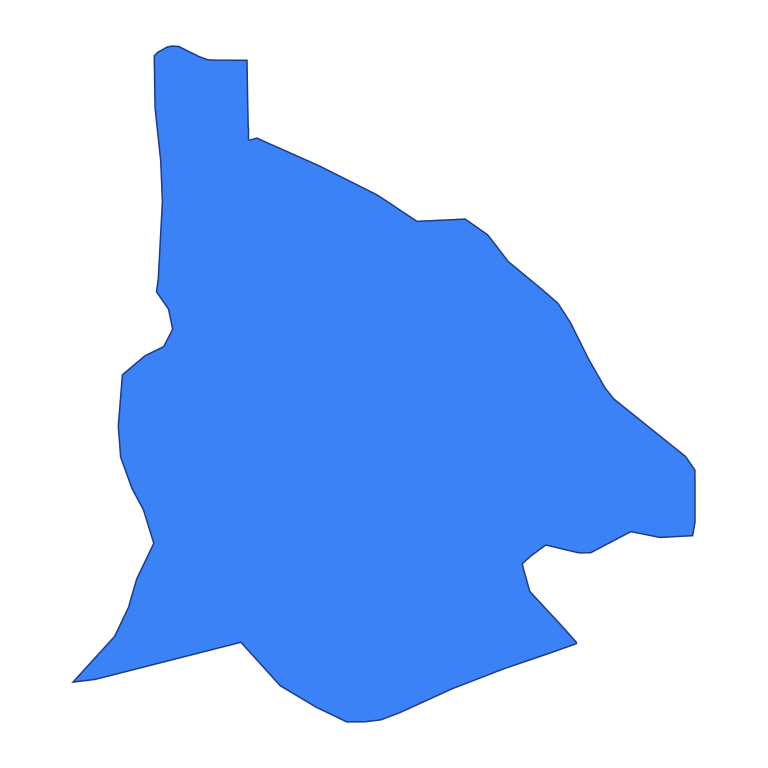 the district of Shia'ria, Eastern Darfur, Sudan
{"feature_id": "16777658B58097455185888", "entity_name": "Shia'ria", "entity_type": "district", "adm_level": 2, "iso_a3": "SDN", "parent_name": "Sudan", "parent_adm1": "Eastern Darfur", "projection": "orthographic", "projection_center": [25.77, 12.585], "detail": "fine", "context": "isolated", "style": "filled", "palette": "blue", "viewbox_px": 768, "rotation_deg": 0, "n_neighbors": 0, "source": "geoboundaries", "source_scale": "gbopen_adm2", "svg_char_len": 4970}
<svg xmlns="http://www.w3.org/2000/svg" viewBox="0 0 768 768"><path d="M685.7,456.7L685.3,456.3L684.7,455.8L684.2,455.4L683.9,455.2L683.4,454.8L683.0,454.5L682.8,454.3L682.4,454.0L682.0,453.6L681.1,452.9L680.2,452.2L679.8,451.9L679.0,451.3L677.0,449.7L676.4,449.2L673.5,446.8L672.9,446.4L670.7,444.6L669.4,443.6L667.2,441.8L666.4,441.1L665.8,440.7L658.9,435.1L658.2,434.6L653.2,430.6L648.4,426.7L647.6,426.1L644.5,423.6L644.3,423.4L643.9,423.1L638.9,419.1L636.3,417.0L635.8,416.6L633.5,414.7L632.8,414.2L631.7,413.3L629.1,411.3L626.7,409.3L626.1,408.8L625.4,408.3L623.8,407.0L622.9,406.2L621.7,405.3L621.3,404.9L620.8,404.5L620.5,404.3L619.6,403.6L619.4,403.4L619.1,403.2L618.9,403.0L618.7,402.9L618.1,402.4L617.9,402.2L617.7,402.0L617.4,401.8L616.9,401.4L616.7,401.3L616.4,401.1L615.1,400.0L614.6,399.6L614.2,399.3L614.1,399.1L613.8,399.0L613.6,398.7L605.2,388.2L588.0,358.1L587.6,357.2L570.6,322.9L558.0,303.4L541.8,289.3L525.2,275.6L508.3,261.6L503.0,254.7L497.3,247.3L496.7,246.5L492.5,241.1L487.6,234.8L465.2,219.1L464.0,219.1L463.2,219.2L461.8,219.2L460.6,219.3L460.1,219.3L458.7,219.4L457.3,219.4L454.5,219.6L453.6,219.6L452.9,219.7L448.1,219.9L441.9,220.2L440.9,220.2L440.7,220.2L438.5,220.3L437.8,220.4L429.9,220.8L428.5,220.8L424.0,221.0L417.0,221.4L414.6,219.8L403.3,212.3L403.0,212.1L402.8,212.0L397.4,208.4L392.1,204.8L387.1,201.5L379.3,196.4L378.1,195.6L377.0,194.9L367.5,190.1L364.8,188.7L362.6,187.6L360.7,186.7L360.4,186.5L349.9,181.3L346.2,179.4L337.2,174.9L334.4,173.5L333.2,172.9L326.9,169.7L326.4,169.5L326.1,169.3L325.1,168.8L323.3,167.9L322.4,167.5L321.7,167.1L321.4,167.0L320.1,166.3L319.2,165.9L318.9,165.7L318.6,165.6L318.2,165.4L316.8,164.8L316.3,164.6L315.5,164.2L315.0,164.0L314.8,163.9L314.5,163.8L312.7,163.0L312.3,162.8L311.5,162.4L310.5,162.0L310.2,161.8L306.9,160.4L305.3,159.7L303.7,159.0L303.6,158.9L298.4,156.6L296.3,155.7L293.7,154.5L291.3,153.5L290.3,153.0L289.3,152.5L286.1,151.1L284.4,150.4L283.7,150.1L282.1,149.4L280.5,148.6L278.4,147.7L277.9,147.5L277.1,147.2L275.3,146.3L273.8,145.7L273.2,145.4L271.8,144.8L271.6,144.7L271.2,144.5L270.6,144.3L269.0,143.6L268.5,143.4L267.9,143.1L267.2,142.8L266.8,142.6L266.6,142.5L266.4,142.4L265.9,142.2L265.5,142.0L265.4,141.9L264.7,141.7L263.7,141.2L263.2,141.0L262.7,140.7L262.1,140.5L261.8,140.3L261.6,140.2L261.1,140.0L260.6,139.8L260.1,139.6L259.9,139.5L259.6,139.3L259.2,139.1L258.4,138.7L258.0,138.6L257.9,138.5L257.6,138.4L257.3,138.2L257.0,138.1L256.2,138.3L255.8,138.4L255.5,138.5L255.2,138.6L253.7,139.0L249.5,140.2L248.5,139.5L248.5,139.1L248.5,136.6L248.5,129.6L248.1,125.0L248.1,122.0L247.6,97.9L247.0,60.3L246.6,60.3L246.2,60.3L245.4,60.3L244.2,60.3L242.3,60.3L241.4,60.3L236.8,60.3L236.6,60.3L228.9,60.2L227.1,60.2L219.9,60.2L217.4,60.2L210.1,59.9L208.7,59.9L207.7,59.8L199.7,56.8L198.8,56.5L194.5,54.3L187.9,51.1L184.7,49.4L181.4,47.8L180.6,47.3L179.9,46.9L179.6,46.8L179.0,46.5L172.1,46.1L169.7,46.5L167.3,46.9L166.0,47.7L165.2,48.1L161.6,50.2L157.6,52.3L155.9,54.2L154.2,56.0L154.3,57.0L154.3,59.6L154.3,61.0L154.5,69.7L154.5,70.6L154.6,75.5L154.6,79.3L154.7,86.0L155.1,108.3L155.7,113.7L156.6,122.2L157.1,126.9L157.7,132.7L160.7,160.7L160.9,165.0L162.4,201.8L158.3,278.6L156.5,291.8L159.0,295.4L168.6,309.3L172.2,327.0L172.7,329.2L163.7,346.6L162.9,347.0L145.1,355.7L122.4,374.8L120.6,397.4L118.3,426.2L119.9,446.9L120.6,457.0L132.0,488.5L135.2,494.5L142.8,508.5L143.3,509.3L149.3,528.8L153.8,543.3L136.7,579.0L131.8,595.8L128.6,607.2L124.6,615.6L124.5,615.8L114.7,636.3L73.0,682.1L95.1,679.4L213.6,649.2L240.9,642.3L280.3,685.8L316.0,707.1L346.7,721.9L365.1,721.8L381.0,719.8L400.1,712.5L452.0,688.8L502.9,669.1L550.0,653.0L576.5,643.6L576.2,642.1L573.6,639.2L572.3,637.8L562.4,626.6L562.2,626.4L554.9,618.5L544.7,607.6L539.8,602.2L536.5,598.7L529.8,591.5L528.4,586.5L527.8,584.4L527.4,582.9L523.5,569.0L523.2,567.8L522.3,563.8L522.5,563.5L523.2,562.9L523.4,562.8L523.8,562.4L524.0,562.2L524.3,561.9L524.9,561.4L529.0,557.7L529.3,557.5L530.2,556.6L531.1,555.8L531.8,555.2L532.1,555.0L534.0,553.6L534.7,553.1L534.9,553.0L535.3,552.7L536.4,551.9L536.9,551.5L537.1,551.3L537.6,551.0L538.4,550.4L538.8,550.1L539.3,549.7L540.2,549.1L540.5,548.9L540.8,548.7L541.0,548.5L541.4,548.2L541.7,548.0L541.9,547.9L542.2,547.6L542.6,547.4L542.8,547.2L543.4,546.8L544.6,545.9L544.8,545.7L545.2,545.5L545.6,545.2L546.4,545.2L548.1,545.5L548.5,545.6L549.8,545.9L550.0,546.0L553.5,546.8L554.3,547.0L559.9,548.4L560.6,548.6L562.0,548.9L567.5,550.2L567.9,550.3L568.3,550.4L572.7,551.4L578.1,552.7L581.1,552.9L581.9,552.9L584.4,552.8L587.5,552.8L590.6,552.7L591.9,552.1L607.8,543.7L610.0,542.6L620.0,537.3L621.4,536.6L626.3,534.0L631.0,531.6L632.8,532.0L642.9,534.0L656.3,536.7L658.9,537.3L659.8,537.4L663.1,537.3L664.4,537.2L668.7,537.0L684.5,536.1L692.6,535.7L695.0,522.2L695.0,521.8L695.0,518.8L695.0,517.0L695.0,516.6L695.0,513.3L695.0,507.3L695.0,505.9L695.0,495.0L695.0,480.8L694.9,472.8L694.9,470.1L686.6,458.0L685.7,456.7Z" fill="#3b82f6" stroke="#1e3a8a" stroke-width="1.5"/></svg>